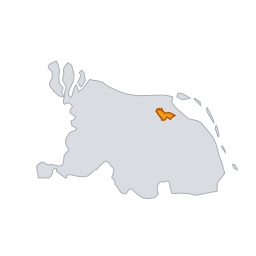 Medemblik, Noord-Holland, Netherlands (highlighted), rotated 78°
{"feature_id": "6326949B12217524678561", "entity_name": "Medemblik", "entity_type": "district", "adm_level": 2, "iso_a3": "NLD", "parent_name": "Netherlands", "parent_adm1": "Noord-Holland", "projection": "mercator", "projection_center": [5.083, 52.79], "detail": "fine", "context": "in_parent", "style": "filled", "palette": "amber", "viewbox_px": 256, "rotation_deg": 78, "n_neighbors": 0, "source": "geoboundaries", "source_scale": "gbopen_adm2", "svg_char_len": 4274}
<svg xmlns="http://www.w3.org/2000/svg" viewBox="0 0 256 256"><g transform="rotate(78 128 128)"><path d="M158.1,226.1L153.9,225.9L149.9,225.8L147.8,225.5L145.6,224.5L144.5,222.4L143.3,219.9L143.6,218.4L147.4,214.0L147.9,212.8L147.5,212.2L147.9,210.3L150.8,203.8L151.1,201.2L149.9,199.3L148.0,198.3L142.0,196.3L139.2,193.6L137.8,191.2L136.5,190.5L134.5,191.3L129.6,192.2L125.5,190.9L120.7,186.4L119.6,182.4L119.0,179.3L117.9,178.2L116.2,179.8L114.2,182.3L110.2,182.6L109.1,182.0L108.9,180.6L108.6,179.3L107.5,177.7L106.3,176.7L101.3,181.4L99.4,181.4L97.0,179.6L95.8,177.8L93.2,178.8L90.8,181.0L91.6,185.0L90.4,185.8L87.5,185.4L84.2,183.8L80.6,182.7L75.0,179.9L67.3,182.2L61.9,179.5L57.5,179.2L54.7,177.1L51.7,173.4L53.8,171.0L55.9,170.1L64.1,169.7L70.0,171.1L80.7,179.1L83.4,179.0L86.2,178.0L84.8,175.9L82.1,174.8L78.1,172.7L75.0,169.7L82.4,168.7L81.4,167.2L80.4,164.5L72.5,155.2L73.9,152.7L75.8,147.3L78.3,142.8L80.3,141.6L83.5,138.4L90.5,129.0L94.9,121.3L98.3,112.2L103.1,86.9L104.5,82.6L106.9,77.8L109.8,78.7L111.9,80.1L119.1,76.4L131.5,67.0L135.2,58.8L138.8,55.0L153.1,47.5L161.0,45.3L173.1,44.7L181.9,43.4L192.5,42.9L196.5,47.5L198.8,50.9L202.6,52.7L208.4,54.0L208.1,60.7L208.1,73.7L207.7,76.0L205.1,81.5L202.3,91.4L201.5,97.8L200.7,99.0L189.6,99.0L188.1,100.1L187.8,101.5L188.4,103.2L188.1,104.8L187.3,106.2L187.7,108.3L189.7,110.7L193.2,112.2L196.9,112.3L198.8,112.1L200.2,113.8L201.6,116.4L201.5,119.8L201.0,124.3L199.2,128.4L194.1,133.1L191.8,134.8L189.7,135.7L188.6,136.9L188.2,138.5L188.3,139.9L191.9,143.7L191.8,144.6L190.8,146.6L189.4,148.4L180.0,152.3L176.1,152.0L173.9,153.9L173.2,154.3L170.8,152.5L165.3,150.5L163.3,151.2L162.1,152.3L158.7,153.6L156.2,155.7L156.2,158.5L160.6,165.5L162.1,166.9L162.2,169.5L164.3,172.8L166.4,176.9L166.7,179.5L166.4,182.1L165.3,185.9L161.5,194.6L161.5,196.3L161.8,197.6L163.1,197.9L164.1,198.6L163.8,199.7L156.7,205.8L155.8,206.8L152.9,206.5L152.4,207.5L152.8,209.2L154.0,210.6L156.5,211.3L158.6,212.9L160.4,215.8L158.1,226.1ZM84.2,183.8L83.6,186.3L82.0,189.1L76.4,193.1L70.7,195.7L67.7,195.4L65.6,194.0L64.5,192.6L61.5,191.2L57.2,190.5L54.6,192.0L52.7,193.4L51.0,193.2L49.8,192.0L48.8,190.1L47.6,184.3L50.8,183.3L57.6,182.9L62.9,184.9L69.9,185.9L75.2,183.1L79.4,185.5L84.2,183.8ZM72.6,160.0L76.7,163.7L77.6,164.9L77.9,166.1L72.7,167.6L67.2,163.1L63.5,164.1L62.2,162.0L62.2,160.7L65.9,159.5L72.6,160.0ZM111.8,68.8L107.7,73.7L105.1,72.3L104.4,71.2L105.7,67.4L111.8,60.9L111.8,68.8ZM130.2,46.8L126.3,47.3L124.5,46.4L133.9,43.6L139.9,42.7L140.9,43.1L130.2,46.8ZM155.4,41.7L147.2,42.8L144.4,41.9L143.9,41.1L146.2,40.6L153.2,40.5L155.4,41.2L155.4,41.7ZM121.1,52.2L113.4,57.4L112.7,56.5L117.7,52.1L121.1,52.2ZM189.1,33.0L185.2,33.2L186.3,31.3L189.9,29.9L191.8,29.9L189.1,33.0ZM172.3,38.0L166.4,40.4L165.0,39.9L165.4,39.2L170.5,37.7L172.3,38.0Z" fill="#d9dde1" stroke="#a8b0b8" stroke-width="1"/><path d="M128.3,84.8L126.5,82.4L125.5,79.5L122.6,83.1L121.6,84.4L121.2,89.0L121.0,89.3L120.9,89.3L120.7,89.4L120.7,89.5L120.4,89.7L120.2,89.7L119.9,89.7L119.7,89.7L119.5,89.8L119.4,89.8L119.3,90.0L119.2,90.1L119.1,90.3L119.0,90.5L118.9,90.5L118.7,90.6L118.5,90.8L118.3,90.8L118.2,90.9L117.8,90.9L117.6,90.9L117.1,90.9L116.8,90.9L116.7,90.9L116.4,90.9L116.4,91.2L116.4,91.3L116.5,91.3L116.4,91.5L116.5,91.6L116.4,91.7L116.4,91.8L116.5,91.8L116.4,91.8L116.5,91.9L116.5,92.1L116.7,92.3L116.7,92.5L116.8,92.5L116.9,92.8L116.9,92.7L117.0,92.7L117.0,92.8L116.8,93.0L116.6,93.2L116.3,93.4L116.1,93.5L116.0,93.4L115.9,93.3L115.4,93.6L115.5,93.8L115.6,94.0L115.8,94.2L115.8,94.3L115.9,94.5L116.0,94.5L115.9,94.6L115.8,94.9L115.8,95.0L115.7,95.1L115.7,95.3L115.7,95.6L115.7,95.9L115.8,96.0L116.7,96.2L116.6,96.3L116.7,96.5L116.8,96.5L117.0,96.6L117.2,96.8L117.3,96.8L117.5,96.9L117.8,96.9L118.0,96.8L118.0,96.7L118.5,96.4L118.9,96.4L119.0,96.4L119.2,96.2L119.6,95.8L119.9,95.6L120.0,95.6L120.3,95.8L121.8,95.1L122.7,94.7L123.2,94.4L124.0,94.1L124.4,94.0L124.4,93.9L124.4,93.7L124.5,93.7L124.8,93.6L125.0,93.5L125.1,93.4L125.3,93.3L125.6,93.3L125.8,93.2L125.9,93.3L126.0,93.3L126.3,93.3L126.5,93.3L126.9,93.3L127.0,93.3L127.3,93.3L127.3,93.2L127.3,92.9L127.3,92.7L127.3,92.4L127.2,91.7L127.2,91.4L127.2,91.2L127.2,91.3L127.3,91.3L127.5,91.4L127.8,91.3L128.0,91.0L125.4,87.5L128.3,84.8Z" fill="#f59e0b" stroke="#b45309" stroke-width="1.5"/></g></svg>